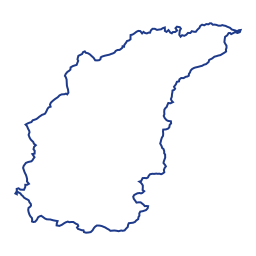 outline of Miracatu, São Paulo, Brazil
{"feature_id": "56859067B15961203060488", "entity_name": "Miracatu", "entity_type": "district", "adm_level": 2, "iso_a3": "BRA", "parent_name": "Brazil", "parent_adm1": "São Paulo", "projection": "mercator", "projection_center": [-47.376, -24.194], "detail": "fine", "context": "isolated", "style": "outline", "palette": "blue", "viewbox_px": 256, "rotation_deg": 0, "n_neighbors": 0, "source": "geoboundaries", "source_scale": "gbopen_adm2", "svg_char_len": 4871}
<svg xmlns="http://www.w3.org/2000/svg" viewBox="0 0 256 256"><path d="M130.6,35.0L130.5,36.8L130.5,39.3L128.9,40.5L127.0,41.0L126.1,42.6L124.4,44.8L124.0,46.7L122.6,46.3L122.3,47.8L121.1,48.8L119.6,49.9L117.5,50.0L115.7,50.9L114.6,52.5L112.7,53.5L111.3,53.9L109.3,54.7L107.0,55.2L104.8,55.7L102.2,56.5L100.8,57.3L100.4,59.3L99.1,60.2L97.2,60.4L95.2,60.3L93.6,57.8L91.7,56.1L90.0,54.5L88.1,53.3L85.7,52.7L84.8,51.4L83.1,52.1L82.1,54.0L79.9,55.1L78.4,55.8L77.8,57.9L77.5,59.4L78.2,60.8L77.4,62.8L76.6,64.9L74.9,65.4L72.8,66.1L70.6,67.4L70.4,69.6L69.1,70.8L67.4,71.9L65.7,74.0L64.9,75.9L65.8,77.2L66.6,79.5L66.7,81.7L66.8,83.6L66.9,85.5L67.4,87.6L68.0,89.4L68.4,92.7L67.2,94.4L66.0,93.6L64.6,94.2L61.6,94.4L59.5,95.4L57.8,97.2L54.8,99.2L52.6,101.0L50.9,102.6L50.0,104.6L50.6,106.7L48.6,107.4L47.6,108.7L46.3,111.5L45.1,113.6L43.7,114.3L41.9,114.9L40.6,115.9L39.3,116.7L38.2,117.7L36.5,119.0L34.3,119.8L32.7,120.3L31.4,122.1L29.4,122.7L27.5,123.5L25.6,124.6L27.0,126.1L28.1,128.8L29.2,130.8L29.5,132.3L28.6,134.9L29.6,137.6L30.8,139.6L31.9,140.7L33.2,141.9L33.9,143.7L35.8,145.2L34.1,146.8L33.5,149.2L34.7,150.8L34.6,153.6L32.4,154.1L33.5,155.8L34.5,157.2L33.4,158.7L32.5,160.2L31.4,161.3L28.2,162.0L25.9,162.9L23.7,165.9L23.1,167.9L23.9,170.2L24.4,171.7L25.1,173.3L25.9,174.8L26.5,176.6L27.1,179.0L27.0,181.5L28.0,182.7L28.9,183.8L27.1,184.8L25.3,184.8L25.3,186.9L24.0,189.8L20.3,189.6L18.6,188.3L16.7,188.9L16.8,191.2L18.6,192.5L20.4,193.4L21.4,194.9L22.9,196.1L24.0,197.6L26.1,198.9L27.6,199.6L28.8,200.4L29.5,202.4L30.8,203.9L31.0,205.6L30.1,206.8L28.6,207.8L28.2,209.9L28.6,212.1L29.5,214.7L30.5,216.5L31.8,217.8L32.2,219.7L32.0,221.5L33.4,222.0L35.2,221.7L36.9,219.7L38.1,217.3L39.5,216.4L41.2,215.8L42.8,216.9L45.1,218.6L46.8,219.3L48.7,219.4L50.4,219.5L52.8,220.2L55.2,220.7L57.6,221.1L56.8,223.3L56.6,225.4L59.4,225.9L61.9,224.8L63.9,223.4L65.6,222.4L67.8,221.6L69.3,222.2L71.2,222.0L73.3,222.0L75.7,223.6L77.7,224.5L78.3,226.0L77.0,227.5L78.0,228.9L79.5,229.4L81.7,230.2L83.5,230.3L84.0,232.1L86.1,232.7L88.3,232.5L90.7,232.1L92.6,230.3L93.9,228.1L95.1,226.7L96.9,225.5L99.7,225.6L101.9,226.1L103.8,226.9L105.1,227.4L107.0,228.6L108.9,229.6L110.4,230.8L114.4,230.5L116.8,230.8L118.6,231.2L121.2,230.5L122.6,230.8L124.6,230.4L126.1,228.6L127.8,226.9L128.0,225.2L128.8,223.2L130.5,223.0L133.1,222.7L135.0,221.9L136.2,220.5L138.2,219.1L138.5,217.0L139.4,215.7L139.3,213.4L140.3,211.6L142.7,211.2L146.0,210.1L147.6,208.4L148.1,206.2L146.5,206.0L144.7,206.1L143.6,204.7L142.3,203.7L140.6,202.3L138.7,202.3L136.5,202.6L135.5,201.1L133.8,198.8L133.2,196.7L134.2,195.0L137.4,193.3L139.6,193.0L141.0,193.4L142.4,192.9L144.2,191.2L142.6,190.0L142.8,187.7L142.8,185.4L141.9,184.0L140.7,182.5L139.4,181.6L141.2,181.0L142.6,178.1L144.6,178.0L146.6,178.2L148.0,177.4L148.7,175.8L150.1,174.2L152.3,173.8L154.3,173.9L156.2,173.6L157.7,173.8L159.5,173.7L161.1,174.2L162.4,173.7L164.3,172.3L163.9,169.9L164.7,167.9L165.9,166.4L165.1,165.0L163.5,163.0L163.8,161.5L164.5,159.5L165.2,157.6L165.1,154.5L164.2,153.3L164.2,151.2L163.5,149.0L162.1,147.9L161.7,146.3L160.2,143.5L160.7,141.9L161.2,139.7L161.9,137.6L163.0,135.9L163.2,133.8L163.0,131.3L163.2,129.6L166.0,129.4L168.1,128.6L169.3,127.3L169.7,124.9L171.1,123.4L170.9,121.3L169.4,121.1L168.1,120.9L166.5,120.1L164.7,118.0L163.7,115.9L164.4,114.2L164.2,112.0L164.4,109.6L165.4,108.1L166.7,106.9L167.4,105.0L168.3,103.0L170.4,103.3L172.9,102.1L171.6,100.7L170.9,99.1L171.8,96.8L172.0,94.2L172.4,92.2L172.5,90.5L174.1,89.9L175.1,88.7L174.0,86.8L175.9,84.3L176.9,81.8L179.0,81.4L179.4,79.4L181.2,78.0L183.6,78.1L185.7,76.8L187.4,76.5L188.8,75.7L188.9,73.9L189.9,72.6L190.7,70.5L192.0,69.1L193.7,68.1L195.3,67.5L197.1,67.1L198.7,66.7L200.5,66.2L202.1,65.8L204.0,64.7L206.1,64.1L208.6,62.0L209.2,59.9L212.1,58.5L214.4,56.7L216.3,56.2L218.5,55.5L220.4,55.1L221.9,54.2L224.4,52.7L226.1,51.5L225.9,49.4L226.5,48.0L226.5,45.7L225.4,44.0L224.4,42.1L224.7,39.3L225.1,36.8L227.2,35.4L228.6,33.1L230.1,33.0L231.2,34.1L233.4,33.0L235.1,32.1L237.5,33.0L239.8,32.1L240.6,30.0L238.9,30.2L237.1,31.3L235.4,30.5L233.5,30.0L231.8,29.5L230.0,27.8L227.2,26.7L225.6,25.9L223.7,25.5L222.3,25.1L220.7,25.7L218.5,25.7L216.4,24.9L214.7,24.6L212.7,24.7L211.4,23.4L209.9,23.3L208.5,24.3L206.3,24.1L204.2,25.3L202.1,24.7L200.3,25.9L199.4,27.9L197.5,29.6L195.8,31.8L194.2,31.8L191.8,31.2L190.4,33.0L188.0,32.9L186.2,34.8L184.3,35.8L182.1,35.2L180.6,36.7L179.3,34.8L179.6,32.0L179.9,30.3L180.9,28.7L179.8,27.2L176.9,26.7L175.5,28.2L177.1,30.5L175.2,32.0L172.8,32.1L171.8,33.3L170.3,32.6L169.4,31.3L168.5,30.1L166.5,31.9L164.9,30.9L164.8,27.5L162.7,28.2L161.1,29.3L159.4,29.5L157.0,29.9L154.8,28.8L152.5,28.8L150.9,30.4L150.0,32.7L148.6,32.6L146.9,33.4L145.0,33.0L143.5,31.9L142.1,33.4L140.3,31.1L138.3,30.9L136.6,31.7L135.4,32.6L134.1,33.6L132.5,34.6L130.6,35.0ZM16.8,191.2L15.4,193.5L16.8,194.2L16.8,191.2Z" fill="none" stroke="#1e3a8a" stroke-width="2"/></svg>